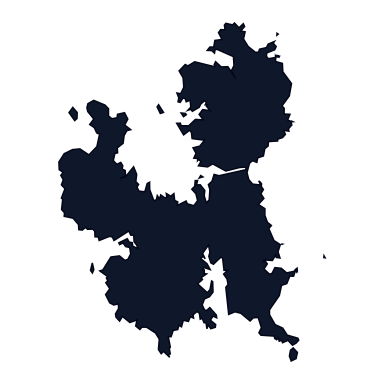 Tasman, Tasmania, Australia (orthographic projection)
{"feature_id": "25037944B3196758006224", "entity_name": "Tasman", "entity_type": "district", "adm_level": 2, "iso_a3": "AUS", "parent_name": "Australia", "parent_adm1": "Tasmania", "projection": "orthographic", "projection_center": [147.839, -43.044], "detail": "fine", "context": "isolated", "style": "filled", "palette": "ink", "viewbox_px": 384, "rotation_deg": 0, "n_neighbors": 0, "source": "geoboundaries", "source_scale": "gbopen_adm2", "svg_char_len": 6014}
<svg xmlns="http://www.w3.org/2000/svg" viewBox="0 0 384 384"><path d="M179.1,70.9L183.1,77.8L183.8,87.2L180.7,93.7L176.9,93.0L178.8,97.8L178.0,101.8L180.2,102.4L183.0,97.9L185.3,98.8L186.2,101.8L190.1,100.3L190.8,107.1L187.8,110.3L190.6,109.4L192.4,111.3L199.2,107.3L200.8,104.0L204.1,101.2L205.1,100.9L206.3,102.9L205.2,104.8L207.3,104.8L206.4,106.2L210.1,110.6L202.7,109.6L199.1,114.4L203.3,119.9L195.4,119.4L188.7,125.8L181.0,125.7L180.4,123.2L176.7,123.3L183.6,134.9L189.6,130.3L191.4,132.4L192.1,138.6L204.5,140.2L199.8,146.1L193.0,147.8L196.0,153.3L193.8,158.2L197.4,158.5L201.0,161.5L198.4,165.8L207.6,166.9L212.7,163.9L225.8,171.0L239.8,167.5L245.6,167.1L246.2,169.6L219.0,175.7L214.1,174.4L212.0,181.3L208.4,184.6L209.9,189.5L209.2,199.8L206.4,202.9L204.2,195.8L204.8,190.5L200.3,184.8L196.5,184.9L197.6,180.5L195.2,180.6L194.7,186.3L191.8,189.2L195.9,193.8L197.6,200.6L193.9,205.7L187.3,203.8L186.1,201.0L177.4,205.4L177.7,201.8L174.7,200.5L173.9,193.6L170.7,196.2L166.3,193.5L166.8,197.1L165.1,198.0L160.7,194.9L159.6,199.0L157.3,195.6L156.4,199.7L153.9,200.8L149.7,189.6L149.6,182.2L147.2,183.5L144.8,191.8L138.9,191.1L137.0,187.0L138.6,184.4L135.8,181.6L136.7,174.4L133.6,166.8L125.7,176.6L120.0,178.3L125.6,176.0L125.2,170.5L122.1,169.0L122.8,165.7L120.8,162.4L116.8,164.3L113.3,160.6L114.9,153.4L117.6,152.9L117.3,147.9L123.1,143.3L124.1,135.5L126.9,130.6L130.7,129.7L124.7,125.0L127.8,119.1L124.5,112.7L117.5,114.3L117.1,117.8L111.9,118.7L108.5,116.0L108.5,108.7L104.9,105.0L93.7,100.4L87.9,103.7L86.9,107.8L87.8,111.6L93.8,119.0L89.7,124.5L94.3,127.6L96.6,132.7L97.6,133.5L99.1,133.5L99.6,133.8L96.9,146.6L88.9,154.9L79.9,148.9L72.5,149.6L64.2,153.7L58.9,162.0L59.2,169.7L63.1,172.3L60.8,175.4L63.3,179.7L61.4,184.9L65.0,188.7L61.4,198.1L62.7,199.3L61.6,209.5L64.5,212.8L64.2,216.3L73.1,218.2L78.5,224.6L78.8,229.7L82.3,230.1L85.6,227.3L87.4,229.3L92.8,229.1L94.8,231.3L95.0,236.8L98.3,237.0L99.2,240.5L109.4,236.4L112.4,237.0L114.0,240.5L128.8,231.0L130.8,235.2L133.7,235.1L134.1,241.8L136.7,245.0L137.8,248.6L132.8,246.2L132.2,242.6L129.2,242.1L127.3,238.7L118.8,242.8L119.6,244.6L123.1,243.0L125.7,246.6L129.7,247.5L130.7,253.9L127.9,259.3L124.9,260.4L119.5,255.9L110.9,257.0L102.9,269.9L99.8,270.9L107.8,276.7L106.4,278.0L107.8,280.9L105.8,282.7L109.8,288.7L105.6,294.6L109.7,302.8L113.7,305.0L118.4,303.9L118.6,308.5L115.5,313.9L116.0,317.2L119.6,321.1L122.4,316.4L129.9,322.5L137.0,320.0L135.7,326.0L139.9,329.5L141.8,327.2L146.6,327.2L155.5,333.0L159.3,339.1L158.4,349.5L161.2,353.7L163.5,351.4L169.7,357.3L168.4,354.7L170.3,353.9L169.3,348.7L170.3,347.2L168.3,336.6L171.1,336.7L173.2,330.4L177.7,329.6L179.0,325.3L181.5,326.8L183.3,320.3L188.4,321.4L190.4,316.7L193.6,318.1L193.1,314.8L197.0,311.5L199.4,313.4L200.2,319.2L202.3,318.3L203.9,322.6L206.1,323.0L206.9,328.8L208.2,325.0L210.8,328.7L215.3,327.3L215.7,324.5L210.4,320.2L213.0,316.1L216.7,317.8L216.3,315.0L209.8,307.6L206.5,310.6L204.5,309.8L202.2,304.9L204.5,298.9L209.5,296.7L213.0,292.1L212.7,281.7L211.6,281.0L210.0,289.6L207.3,292.7L197.6,283.8L202.5,279.5L201.1,277.7L206.5,273.9L204.3,273.6L204.3,270.0L202.7,270.3L203.8,267.5L210.2,269.6L207.0,263.7L200.6,258.5L203.2,256.4L205.2,258.8L202.6,253.4L208.5,245.0L209.9,252.3L208.8,256.3L210.9,262.9L213.4,264.3L220.6,257.4L222.6,257.9L224.0,270.3L227.6,270.3L223.6,274.1L227.0,278.9L228.1,284.4L225.8,287.3L228.7,314.4L235.0,311.8L240.9,313.3L250.1,321.0L253.3,317.8L258.2,317.5L261.4,327.7L258.9,332.8L260.9,335.2L274.3,336.1L274.7,338.5L276.7,339.7L278.3,337.8L279.2,341.2L281.7,340.3L282.5,342.7L288.0,340.4L292.5,345.2L296.1,343.1L298.7,340.2L297.9,338.2L287.2,335.1L282.7,328.1L275.1,324.6L269.5,314.7L269.5,309.8L279.3,295.6L281.5,285.4L286.8,283.6L289.8,276.1L293.6,276.2L295.3,271.0L286.7,272.9L281.3,268.3L274.9,267.6L272.1,273.3L269.5,274.2L264.0,269.0L267.3,263.9L265.5,261.3L263.0,261.6L264.1,259.9L272.4,260.5L275.7,254.9L276.3,257.5L280.0,258.0L278.0,251.8L280.3,244.6L274.0,240.6L268.8,228.6L271.4,225.5L267.4,222.3L264.9,215.4L264.9,208.7L258.4,204.4L263.9,198.4L260.9,193.8L263.4,189.5L261.2,186.4L261.6,183.9L260.5,182.5L259.7,184.9L252.6,184.1L248.8,179.6L247.0,172.6L249.5,163.2L252.6,160.7L256.8,162.4L257.8,157.8L263.4,156.0L264.8,148.7L268.1,146.0L268.4,141.6L277.6,141.0L277.7,139.2L282.5,137.6L285.4,134.4L283.7,130.3L288.9,131.2L288.5,128.7L291.8,125.0L290.9,121.3L287.6,120.0L290.0,114.3L284.1,114.0L284.2,108.3L282.0,105.9L289.3,95.9L291.5,83.6L282.8,71.7L282.4,63.4L275.5,61.5L275.8,57.4L268.3,58.7L266.4,56.3L266.8,52.9L274.7,49.8L276.2,46.5L273.2,43.2L274.4,41.5L268.2,44.1L266.4,47.6L259.5,49.2L258.6,52.2L255.4,52.3L248.2,46.5L243.5,39.0L245.1,31.8L240.7,31.1L244.6,26.5L243.3,23.7L239.0,27.8L234.5,23.0L232.6,24.9L225.9,23.3L224.4,25.1L225.0,29.8L220.7,29.6L218.5,32.6L222.0,39.5L214.9,40.4L213.7,47.1L209.9,47.0L207.2,50.4L211.7,50.6L214.5,53.1L215.0,49.9L216.9,49.3L233.4,56.6L234.0,65.5L231.2,71.2L232.6,72.5L233.4,74.7L234.7,76.4L235.3,77.6L235.7,78.6L227.9,66.7L221.2,66.9L215.6,61.7L214.2,64.6L215.0,66.5L215.0,66.8L194.7,61.8L187.9,65.9L185.2,64.5L179.1,70.9ZM290.5,350.2L289.4,356.1L291.2,361.0L296.1,358.6L297.4,352.4L293.2,347.9L290.5,350.2ZM74.7,120.6L77.0,118.5L77.2,112.5L72.8,107.4L69.0,112.6L74.7,120.6ZM157.1,106.9L160.3,113.5L163.5,112.4L158.6,104.7L157.1,106.9ZM90.5,270.4L92.4,273.0L93.8,269.6L92.3,262.9L90.5,270.4ZM181.1,113.0L183.5,116.7L186.3,114.7L185.4,113.4L181.1,113.0ZM200.7,175.5L199.2,178.0L202.9,176.9L200.7,175.5ZM297.3,270.9L297.1,268.2L295.9,269.1L297.3,270.9ZM324.0,255.8L323.8,257.6L325.1,257.8L324.0,255.8ZM276.3,56.8L278.2,57.1L278.5,55.7L276.8,55.4L276.3,56.8ZM296.1,271.5L295.8,269.4L294.9,270.1L296.1,271.5ZM277.0,33.3L276.9,35.2L278.2,34.1L277.0,33.3ZM258.7,180.9L259.6,182.7L260.3,182.3L258.7,180.9ZM276.2,56.9L275.5,55.8L275.5,56.9L276.2,56.9ZM278.6,56.5L279.1,57.0L279.4,56.4L278.6,56.5ZM197.7,159.6L197.6,160.6L198.4,159.7L197.7,159.6ZM291.9,121.3L291.9,121.8L292.8,121.7L291.9,121.3ZM281.1,244.0L282.2,244.3L282.4,244.2L281.1,244.0Z" fill="#0f172a" stroke="#020617" stroke-width="1.5"/></svg>